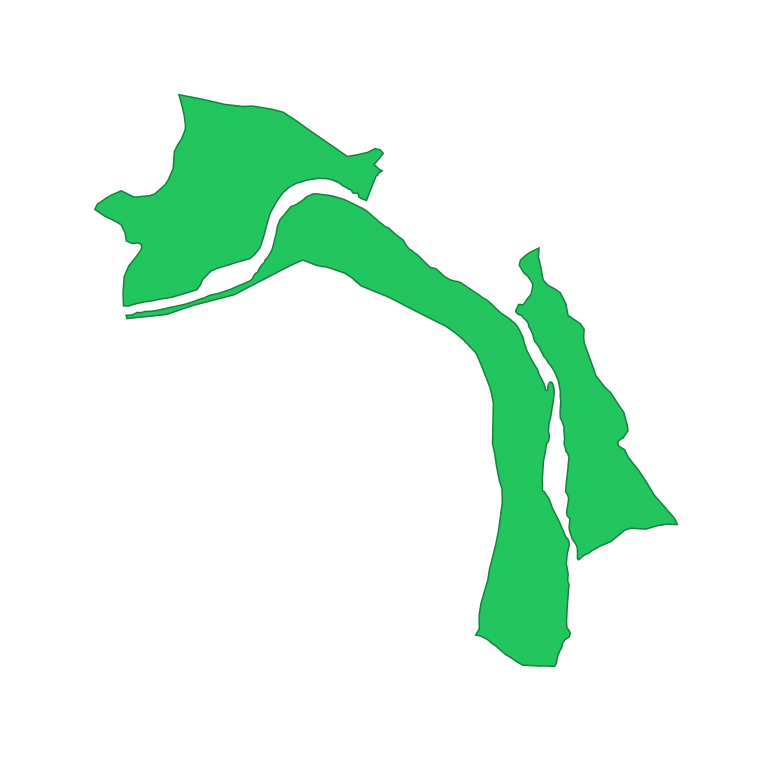 Qina, Qina, Egypt (orthographic projection), rotated 7°
{"feature_id": "37247803B17837872993253", "entity_name": "Qina", "entity_type": "district", "adm_level": 2, "iso_a3": "EGY", "parent_name": "Egypt", "parent_adm1": "Qina", "projection": "orthographic", "projection_center": [32.69, 26.097], "detail": "fine", "context": "isolated", "style": "filled", "palette": "green", "viewbox_px": 768, "rotation_deg": 7, "n_neighbors": 0, "source": "geoboundaries", "source_scale": "gbopen_adm2", "svg_char_len": 6126}
<svg xmlns="http://www.w3.org/2000/svg" viewBox="0 0 768 768"><g transform="rotate(7 384 384)"><path d="M120.9,350.4L144.6,345.0L159.9,341.4L183.7,329.8L224.6,313.6L237.2,304.8L277.2,277.5L288.2,270.9L302.1,274.3L307.4,275.0L311.5,274.7L320.0,276.3L331.7,278.8L339.3,282.6L349.2,289.4L357.6,291.7L378.0,297.2L402.7,306.3L425.2,314.5L438.1,319.0L448.9,324.8L457.6,330.6L458.2,331.1L470.8,341.5L473.1,344.5L479.0,354.8L489.5,374.3L492.0,380.6L494.9,389.8L499.0,430.1L502.7,440.5L505.4,450.9L506.4,453.9L510.5,466.5L514.0,473.8L515.9,487.5L515.5,517.2L514.2,532.2L511.3,554.7L510.9,566.4L508.5,580.4L507.0,590.0L506.6,601.7L508.4,615.4L505.6,622.0L510.3,622.3L517.8,625.0L522.1,627.9L527.6,630.8L537.4,637.6L543.9,640.4L549.3,643.3L555.8,646.1L568.3,645.3L573.6,645.0L574.2,644.6L587.7,643.5L589.2,640.1L589.2,636.2L589.6,632.4L590.9,627.8L592.6,623.7L592.6,620.0L594.9,615.6L598.7,612.5L599.3,608.8L597.4,605.7L595.2,603.6L594.1,597.3L593.1,584.2L592.7,575.5L592.3,567.0L592.1,560.7L590.3,556.9L589.9,550.0L588.4,545.4L588.0,543.7L586.7,539.6L586.8,537.3L586.6,533.8L586.6,529.2L587.6,520.8L586.4,517.1L585.4,515.7L584.5,514.7L583.3,513.8L581.7,511.4L580.2,508.5L578.3,505.6L575.5,500.4L566.5,487.0L562.8,479.8L561.2,477.0L558.9,474.9L556.5,471.4L554.6,471.0L554.0,468.6L553.7,465.1L552.7,459.4L552.2,450.4L551.7,440.6L552.3,433.2L552.6,423.9L554.4,420.3L554.6,416.0L553.1,411.3L552.6,405.9L552.7,401.8L553.5,395.6L553.7,388.4L554.2,379.3L554.0,374.6L554.0,371.6L553.2,367.6L551.3,363.1L550.6,362.1L548.8,361.8L547.8,362.9L547.1,365.1L547.1,370.1L545.8,370.8L545.1,370.5L544.3,367.6L542.7,364.1L538.9,358.6L536.5,355.0L534.1,350.3L530.6,346.0L527.5,341.8L524.2,337.0L521.3,332.8L520.0,329.6L517.7,325.3L516.8,321.7L513.0,315.7L510.0,311.4L507.2,308.4L504.5,306.7L501.6,304.6L497.5,302.4L491.5,299.4L485.8,295.3L480.9,291.5L475.5,287.9L470.8,286.0L467.4,284.0L463.7,282.1L461.1,280.8L451.3,275.9L448.2,274.1L445.0,273.3L442.5,273.3L438.1,272.8L433.8,271.2L429.7,269.2L427.4,267.4L424.9,265.6L422.0,263.5L420.8,263.2L418.0,262.8L416.2,262.8L415.3,262.3L414.4,261.6L412.0,259.9L409.1,257.7L405.4,254.8L401.6,251.8L398.1,250.0L395.7,248.3L392.4,246.9L389.2,243.7L385.6,238.9L383.7,237.8L380.7,236.2L375.5,232.9L369.5,228.5L366.6,227.8L365.3,227.3L363.4,225.9L361.5,224.8L358.8,223.4L356.7,221.7L353.3,219.6L349.4,216.7L346.3,214.7L341.3,212.3L335.2,210.3L330.1,208.4L322.0,205.7L309.9,203.6L294.5,203.4L290.8,203.8L284.6,207.4L280.9,211.5L274.9,216.7L270.0,219.3L264.9,227.3L260.7,233.7L258.9,241.0L258.7,246.8L258.4,249.9L257.8,254.2L257.2,260.0L256.3,264.7L255.1,267.9L253.5,271.8L253.1,272.4L253.1,272.6L251.1,275.0L250.3,277.9L247.9,281.1L245.9,285.2L245.1,288.3L242.6,290.3L241.5,292.8L240.2,296.3L237.7,298.5L229.2,303.4L223.0,306.9L220.6,308.5L209.3,314.0L200.3,317.1L194.7,320.6L191.5,322.0L186.0,324.7L183.1,326.3L176.9,329.0L175.8,329.4L171.5,331.0L168.3,332.1L165.3,333.1L162.5,334.0L157.0,336.1L156.0,336.4L152.3,337.6L149.7,338.7L145.1,339.9L143.1,340.3L138.2,341.1L135.0,342.4L132.8,343.0L130.1,343.0L128.6,344.2L125.6,346.1L123.6,346.5L120.7,347.1L119.5,347.3L120.7,349.4L120.9,350.4ZM115.9,338.2L116.1,338.2L120.8,337.8L125.0,335.8L128.8,334.3L136.1,331.8L145.4,329.2L149.9,327.5L163.1,323.7L179.0,316.8L186.8,313.2L189.8,307.8L191.1,302.6L193.7,299.2L196.1,296.0L198.5,292.9L204.7,289.4L214.7,285.0L223.4,281.0L235.6,275.9L239.8,271.3L244.2,264.1L245.6,258.1L247.2,248.7L248.2,240.3L250.2,228.3L255.0,216.4L259.9,207.1L265.8,200.3L272.6,195.4L277.1,193.7L281.5,191.5L285.7,190.1L293.3,188.0L301.0,187.2L307.2,187.6L313.8,189.3L316.6,190.8L318.8,192.2L322.8,193.7L324.9,194.8L327.2,195.0L328.9,196.9L329.4,197.9L330.8,198.3L333.1,197.9L335.0,197.9L336.4,201.5L338.3,202.6L342.4,203.5L343.7,203.8L344.2,204.0L348.7,186.6L350.9,178.3L352.2,177.6L352.4,175.9L356.2,172.7L353.2,171.6L348.6,168.3L347.5,167.3L350.4,162.9L355.2,155.2L351.9,152.2L346.6,151.4L339.5,156.1L329.2,159.9L319.9,162.6L294.1,149.1L279.9,141.7L262.5,132.2L250.6,126.5L242.4,125.4L240.0,125.0L220.0,124.1L209.6,125.8L191.7,125.9L172.4,123.9L165.3,123.2L145.2,121.9L149.0,130.9L152.8,141.3L155.5,151.7L155.7,156.0L153.1,165.7L150.3,171.2L147.6,178.8L148.5,195.8L145.0,207.7L142.2,213.2L133.3,223.3L128.2,225.7L121.9,227.1L115.7,228.6L112.6,228.8L99.7,224.2L91.6,229.0L86.5,232.5L81.5,237.1L77.5,240.5L76.5,243.7L75.7,245.9L86.6,251.6L95.1,254.3L103.7,258.0L108.4,265.2L110.9,273.5L117.3,275.3L122.5,273.9L125.7,274.8L127.0,277.9L126.1,281.1L123.2,286.6L116.5,297.6L114.7,303.1L113.0,309.6L113.4,315.9L113.6,320.2L113.9,325.5L115.9,338.2ZM692.3,487.5L688.9,482.1L665.7,461.3L657.8,451.1L647.6,439.0L635.4,427.0L630.8,419.8L624.3,417.0L623.0,412.9L626.0,409.5L628.0,408.3L631.8,400.6L630.5,395.4L625.5,383.0L620.0,376.9L609.8,364.8L603.2,359.9L600.0,356.6L593.2,349.9L590.8,344.7L582.5,328.2L577.8,319.0L576.4,312.7L576.0,305.3L571.5,300.2L563.9,296.4L558.5,293.6L557.3,290.5L554.7,282.1L549.8,274.9L547.8,271.9L542.4,269.1L540.3,268.1L534.9,266.3L529.4,261.4L526.9,254.1L525.5,248.8L521.8,239.5L521.3,230.1L513.4,235.2L509.4,238.6L504.4,244.2L503.7,249.6L509.3,256.7L513.7,259.6L517.1,263.6L519.4,266.7L519.6,270.9L518.9,277.3L516.0,281.8L513.2,287.3L512.2,288.4L508.0,288.6L505.7,295.5L507.2,297.6L509.4,298.7L512.2,299.1L514.5,301.5L516.7,303.1L518.7,304.7L520.0,306.8L520.6,309.3L522.7,311.7L525.9,317.3L527.2,320.9L528.4,323.1L533.9,329.1L539.1,337.0L541.5,339.0L544.7,343.2L548.2,346.5L552.0,351.4L556.6,359.4L558.0,363.9L559.9,369.6L560.4,374.5L561.4,378.9L561.9,384.4L562.1,389.7L563.1,396.3L565.3,399.3L566.6,402.2L568.0,404.5L568.2,408.1L569.8,415.7L570.1,421.6L571.9,425.7L573.0,428.9L574.6,430.6L576.4,433.1L576.6,437.0L576.6,441.6L576.9,445.4L576.9,459.0L577.2,464.6L577.3,468.7L579.9,472.0L581.2,475.1L581.2,479.9L580.9,487.2L581.0,490.3L582.4,493.1L584.9,495.0L585.1,498.9L585.1,502.7L585.4,504.9L586.0,506.9L587.6,510.3L589.2,514.0L591.3,516.8L593.5,519.1L595.7,522.7L596.4,526.5L596.8,529.2L597.2,533.5L598.5,534.8L603.7,529.4L607.8,527.0L611.6,523.4L617.9,518.8L628.3,512.8L641.1,499.5L647.0,497.0L658.6,496.3L661.7,496.1L673.0,491.1L683.3,488.4L691.7,487.9L692.3,487.5Z" fill="#22c55e" stroke="#15803d" stroke-width="1.5"/></g></svg>